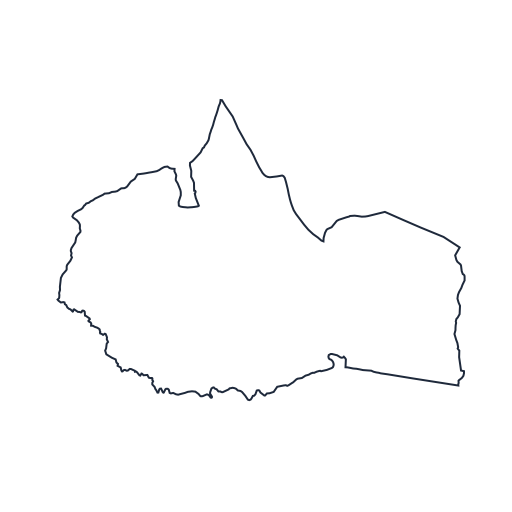 Ingende, Équateur, Democratic Republic of the Congo (orthographic projection), rotated 171°
{"feature_id": "63176286B3271137171664", "entity_name": "Ingende", "entity_type": "district", "adm_level": 2, "iso_a3": "COD", "parent_name": "Democratic Republic of the Congo", "parent_adm1": "Équateur", "projection": "orthographic", "projection_center": [19.593, -0.719], "detail": "fine", "context": "isolated", "style": "outline", "palette": "slate", "viewbox_px": 512, "rotation_deg": 171, "n_neighbors": 0, "source": "geoboundaries", "source_scale": "gbopen_adm2", "svg_char_len": 6007}
<svg xmlns="http://www.w3.org/2000/svg" viewBox="0 0 512 512"><g transform="rotate(171 256 256)"><path d="M121.8,279.4L139.2,277.9L142.0,277.9L145.4,278.3L149.1,279.5L152.3,280.4L156.9,280.8L157.8,280.4L160.6,280.1L168.6,278.8L170.8,278.0L176.8,272.6L181.3,271.4L182.3,270.7L184.2,268.1L186.4,263.2L187.1,259.9L189.0,261.0L191.9,264.5L196.1,268.6L200.2,273.8L203.6,279.4L207.0,285.8L209.9,291.2L211.6,295.3L212.7,300.4L213.2,303.4L213.6,306.7L214.0,311.9L214.2,317.4L214.8,324.4L215.4,328.8L216.4,330.6L217.6,331.4L222.9,331.3L230.0,331.6L232.1,332.3L233.8,333.4L235.2,334.9L236.6,337.1L237.4,339.2L239.0,343.1L241.0,349.4L242.6,355.3L244.8,361.7L247.8,367.9L250.1,374.4L253.9,384.8L254.9,388.8L257.2,397.4L262.6,408.7L265.2,415.2L266.6,415.6L267.1,413.9L267.8,412.2L268.6,411.0L269.5,409.5L270.0,408.4L271.2,405.7L272.3,403.5L273.6,401.0L274.4,399.7L275.4,397.5L276.6,395.1L277.9,392.1L279.2,389.7L280.4,387.8L281.3,385.9L282.6,383.5L283.3,381.6L283.8,380.3L284.1,379.4L284.9,377.7L287.1,375.0L289.3,373.1L290.4,371.4L291.8,370.8L294.5,367.0L301.9,361.1L303.9,359.6L305.6,358.8L306.6,358.3L307.1,355.7L306.6,350.2L307.7,344.3L306.3,340.3L305.8,338.0L306.9,330.2L305.9,329.9L305.6,329.1L306.0,327.9L306.7,327.3L306.4,322.7L304.6,314.6L305.4,314.2L306.7,314.1L307.9,314.1L309.1,314.1L311.5,314.2L313.5,314.4L316.0,314.6L317.7,315.1L319.0,315.4L320.5,315.8L322.0,316.3L323.0,316.7L323.4,317.0L324.3,317.8L324.0,321.4L320.8,327.7L320.3,330.9L320.4,333.1L322.0,340.0L323.3,343.1L323.3,344.4L322.2,347.8L322.3,349.1L323.3,352.4L322.8,354.8L325.8,355.5L327.6,356.4L329.4,358.2L332.4,358.3L334.4,357.7L336.2,357.0L338.0,356.1L340.7,355.3L343.1,355.2L345.9,355.1L348.6,355.1L351.6,355.0L354.4,355.0L360.3,355.2L363.7,351.1L368.0,349.1L372.4,344.8L374.1,343.9L375.5,343.6L378.5,343.9L380.0,343.2L382.9,341.8L384.9,341.6L388.3,341.8L391.3,341.0L394.6,341.2L395.8,341.3L397.5,340.4L405.9,337.9L407.2,337.2L408.5,336.5L410.5,336.0L412.9,334.7L415.5,334.4L417.0,333.0L417.7,332.8L419.8,330.5L421.5,329.5L425.1,328.4L428.3,327.0L430.0,325.6L431.2,323.8L430.7,322.6L427.3,319.3L425.8,316.8L425.1,314.8L425.2,313.2L425.7,310.9L425.4,308.3L425.7,307.2L429.4,304.1L430.8,302.2L431.6,299.8L432.4,297.7L437.0,292.7L438.0,290.7L438.1,289.5L437.7,287.7L438.6,285.4L438.0,283.4L440.1,280.3L443.8,276.9L444.5,275.7L444.6,275.4L445.1,272.4L445.6,271.6L449.8,268.1L452.1,264.9L454.5,256.3L454.9,253.0L456.2,250.4L456.3,249.4L456.3,248.2L456.6,246.9L456.9,245.6L457.3,245.0L457.9,244.6L458.8,244.0L458.1,242.8L456.0,240.6L453.5,240.6L452.4,240.1L452.3,238.3L451.1,237.2L450.4,234.7L448.9,233.0L447.6,232.3L445.8,229.8L445.4,229.9L444.6,231.6L444.0,231.8L441.1,229.1L440.7,228.7L438.9,228.3L437.9,227.7L437.2,227.7L436.2,229.1L435.5,229.2L434.4,228.6L433.9,227.7L434.1,225.4L434.2,223.9L433.2,223.3L430.2,220.4L430.0,219.6L431.1,218.7L431.7,218.1L431.5,217.6L429.8,216.3L429.7,216.2L429.3,215.0L429.8,213.0L428.7,212.7L427.8,212.5L426.6,211.4L424.0,210.0L422.6,208.8L421.9,207.9L422.0,206.8L421.7,205.6L421.8,205.3L422.1,204.7L422.0,203.9L420.5,203.1L419.4,202.0L417.5,202.9L416.7,202.4L416.2,200.4L415.9,199.0L416.4,197.1L415.6,194.2L416.4,193.5L417.2,192.7L418.5,188.2L419.8,186.1L419.2,182.3L414.2,178.0L410.8,175.8L410.5,172.7L410.4,172.5L409.2,171.0L409.3,170.7L409.7,169.8L409.9,169.2L407.1,167.1L406.9,164.1L406.5,163.0L405.9,162.9L404.6,163.9L403.9,164.0L403.3,164.0L401.6,162.9L400.5,162.9L398.4,164.2L397.1,163.9L394.7,162.3L393.6,161.6L393.6,161.1L393.6,160.6L392.6,160.7L391.7,159.8L391.1,158.7L389.8,156.4L389.0,156.0L387.5,157.8L387.1,157.6L386.9,157.5L385.7,155.8L381.9,155.5L380.9,152.6L379.6,152.0L378.4,151.9L377.8,151.8L377.5,151.3L377.8,149.7L377.4,148.9L377.2,148.4L378.3,146.9L378.5,145.3L377.0,143.1L376.7,142.7L376.1,140.1L375.5,139.1L374.7,136.5L373.8,136.4L372.4,139.4L371.6,140.0L370.5,139.9L369.4,136.1L368.9,135.5L368.5,135.6L368.4,135.6L366.4,138.5L365.6,138.9L363.9,138.6L363.1,137.7L362.8,135.4L362.7,134.3L361.6,133.6L359.2,133.7L356.6,131.9L354.6,131.2L354.3,131.2L352.9,131.4L347.6,131.9L344.6,132.5L340.4,132.4L337.1,131.5L334.3,128.7L333.0,126.5L332.3,126.0L331.6,126.0L330.6,125.9L326.3,127.0L326.1,127.0L325.2,126.6L324.1,125.6L323.4,124.2L323.0,123.4L322.5,123.0L322.0,123.1L321.7,123.2L321.5,124.0L322.9,127.3L322.6,128.6L320.7,132.1L319.2,132.8L318.3,132.8L317.3,131.4L315.7,130.5L314.3,128.1L312.2,127.7L311.5,127.0L310.2,126.7L307.4,127.5L303.9,128.5L302.8,129.4L301.4,129.4L299.7,129.5L297.8,128.8L296.4,127.9L296.2,127.7L295.1,126.1L292.4,125.1L291.0,123.8L288.4,119.5L286.5,115.4L285.2,114.7L283.8,115.0L282.8,115.9L281.0,118.3L279.7,118.3L278.2,119.5L276.3,123.0L275.7,123.1L275.2,123.1L274.3,123.0L273.7,122.5L273.0,120.5L269.6,116.9L268.8,116.8L266.9,118.4L266.8,118.5L266.2,118.5L264.1,118.3L259.8,119.0L255.5,123.5L248.8,123.8L246.7,123.7L245.5,122.9L244.1,123.2L240.4,124.9L239.1,125.4L235.5,127.8L234.1,128.3L229.8,128.3L228.0,129.1L225.8,130.1L222.5,130.5L220.3,131.4L218.2,131.8L216.9,131.5L213.9,132.3L213.6,132.3L212.1,132.5L210.6,132.6L209.8,132.0L203.9,132.4L198.7,133.5L197.5,134.1L196.6,135.5L196.2,137.0L196.4,139.0L197.2,140.8L198.2,141.9L199.6,142.7L200.2,144.0L200.2,145.4L199.6,146.8L197.6,147.5L196.2,147.3L191.3,145.2L188.4,142.6L187.2,142.1L185.8,142.2L185.0,142.8L184.0,141.3L183.4,139.9L185.0,132.1L183.1,131.7L180.6,130.8L177.7,129.7L174.4,128.9L171.3,127.8L168.2,126.6L160.1,124.7L158.0,123.3L155.4,122.2L152.9,121.4L151.2,120.6L144.3,118.5L120.7,110.7L76.4,96.4L76.3,97.7L75.7,98.9L75.5,101.1L75.1,101.5L72.7,102.8L71.7,103.4L69.9,105.2L68.9,107.7L68.6,109.7L71.4,110.8L71.2,124.3L70.0,130.7L71.3,133.0L70.6,134.3L70.7,138.5L71.4,141.9L72.2,147.9L70.6,151.5L70.2,153.8L69.6,156.5L68.8,158.6L68.9,160.2L67.9,162.5L66.4,163.7L64.0,166.7L62.3,174.9L63.2,178.3L63.7,182.4L62.6,186.0L61.1,188.6L58.2,192.3L56.6,195.2L54.1,198.8L53.8,199.2L53.2,203.0L53.2,204.2L53.8,205.2L54.6,205.8L55.2,209.0L55.0,214.4L55.3,215.6L58.0,218.8L58.7,220.8L59.2,225.5L53.5,232.6L67.8,245.5L89.0,258.4L104.9,268.5L121.8,279.4Z" fill="none" stroke="#1e293b" stroke-width="2"/></g></svg>